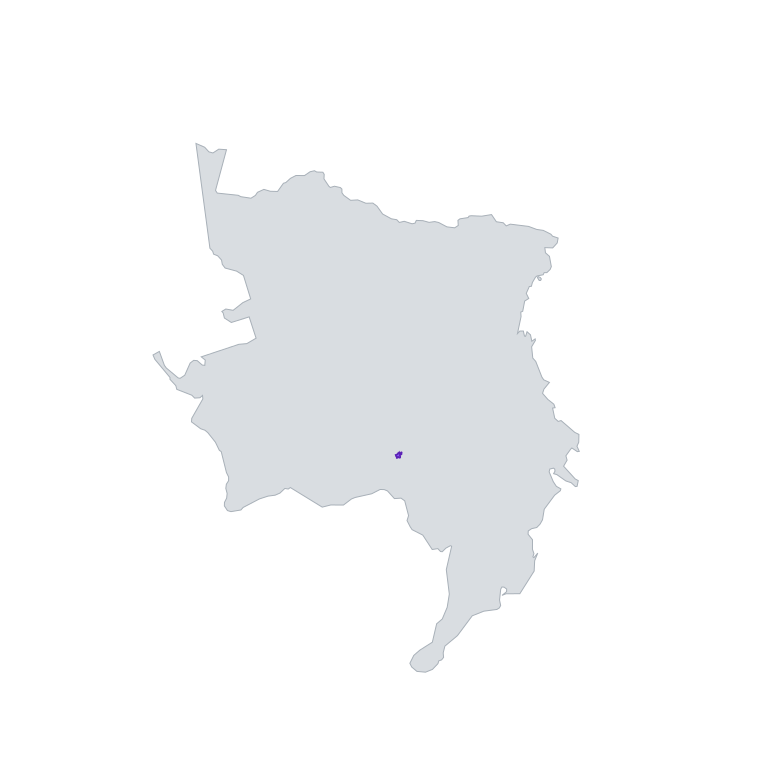 Susacón, Boyacá, Colombia shown in context, rotated 162°
{"feature_id": "7082276B12166433159462", "entity_name": "Susacón", "entity_type": "district", "adm_level": 2, "iso_a3": "COL", "parent_name": "Colombia", "parent_adm1": "Boyacá", "projection": "albers", "projection_center": [-72.721, 6.224], "detail": "fine", "context": "in_parent", "style": "filled", "palette": "violet", "viewbox_px": 768, "rotation_deg": 162, "n_neighbors": 0, "source": "geoboundaries", "source_scale": "gbopen_adm2", "svg_char_len": 5284}
<svg xmlns="http://www.w3.org/2000/svg" viewBox="0 0 768 768"><g transform="rotate(162 384 384)"><path d="M439.5,116.7L432.2,119.8L417.8,123.5L408.0,139.7L401.2,142.5L392.9,152.1L386.8,164.0L382.1,188.2L369.8,208.8L370.8,209.7L375.8,208.8L380.4,206.5L382.0,207.2L383.7,210.8L389.3,211.7L393.8,228.3L402.3,236.8L403.2,240.1L404.3,247.0L401.3,251.2L400.4,266.5L403.1,270.2L409.5,271.8L413.7,281.2L416.4,283.5L420.3,284.9L429.6,283.4L446.5,285.0L450.5,284.7L460.0,281.4L472.0,285.4L480.8,286.0L505.1,314.5L507.5,313.7L510.6,315.3L516.7,312.4L521.9,311.9L528.9,313.2L538.0,313.2L556.2,310.1L559.0,308.4L569.0,309.9L572.0,312.0L573.5,317.4L572.3,320.7L568.9,324.1L567.0,328.4L566.7,333.6L564.9,337.4L561.7,340.0L560.5,343.6L561.2,348.4L559.7,370.0L561.1,371.8L562.3,380.7L566.6,392.2L568.6,395.4L572.2,398.1L578.8,407.5L577.4,410.8L560.9,425.8L560.1,429.2L563.3,427.8L568.4,429.1L570.2,432.7L582.7,442.9L582.5,446.8L586.1,454.6L585.5,456.3L594.3,478.3L594.7,483.0L587.6,484.4L587.1,469.6L586.1,466.5L577.9,453.4L576.2,452.4L570.8,453.9L561.9,463.8L557.7,465.3L554.4,463.9L551.0,458.2L548.7,457.1L546.6,462.0L549.4,466.3L509.8,466.6L502.0,464.8L491.5,467.1L491.5,489.5L510.2,489.7L515.4,496.1L515.0,501.3L515.8,503.1L511.3,504.2L504.7,500.7L493.1,505.0L484.5,506.1L484.1,530.7L489.3,536.9L499.3,543.4L500.8,547.8L500.2,552.1L502.6,557.4L505.9,560.1L505.9,563.3L507.6,566.9L488.5,670.9L481.4,664.6L478.8,658.9L475.3,656.6L468.6,658.4L461.4,655.5L484.4,620.2L483.6,617.1L464.3,608.5L462.3,606.4L453.1,601.8L448.0,603.1L445.1,605.4L438.1,606.2L432.5,602.4L425.7,600.0L417.6,606.0L415.2,605.9L409.4,608.5L403.3,609.5L395.2,606.8L388.7,608.7L384.2,608.3L382.5,606.4L376.7,604.3L376.1,601.9L377.7,597.6L375.3,589.0L374.3,587.5L370.0,587.4L364.8,584.3L363.8,582.4L364.9,578.9L364.0,575.9L359.0,569.0L352.1,567.2L345.4,561.5L338.7,559.5L335.7,555.3L332.8,546.1L325.9,538.8L321.1,536.3L319.5,532.9L314.5,532.5L307.8,527.7L304.8,527.4L302.7,529.6L296.5,527.3L291.2,523.8L285.6,522.8L282.1,520.7L275.6,514.0L268.5,510.7L264.4,511.8L263.1,516.8L260.7,517.6L252.6,516.3L251.2,517.4L249.1,517.1L239.2,513.4L229.4,511.9L227.0,503.6L220.8,500.5L218.9,496.6L214.5,497.0L197.8,489.2L191.0,483.8L185.1,480.9L179.0,474.9L178.0,472.5L173.3,469.0L175.7,464.6L181.5,461.3L188.9,464.0L189.9,458.9L187.2,454.3L188.6,443.9L190.6,441.6L194.7,439.6L197.3,440.4L198.9,438.7L205.0,439.5L206.9,438.8L211.5,434.7L213.6,431.4L215.7,431.8L220.7,426.2L219.9,420.6L224.6,419.4L229.6,410.3L231.7,410.1L232.8,405.8L241.5,390.7L238.4,392.4L235.1,391.3L235.6,386.2L234.6,385.6L231.8,389.5L229.5,385.5L230.2,379.0L226.3,380.2L226.5,378.7L232.1,373.8L234.5,362.7L232.7,358.6L231.7,341.8L230.8,338.6L226.2,334.4L233.5,329.7L236.1,326.1L232.9,318.6L228.7,312.3L228.6,308.6L231.1,309.0L232.2,298.6L229.9,294.6L226.9,294.5L217.5,279.0L214.2,275.8L216.8,268.4L219.7,265.2L219.1,259.6L221.0,259.9L225.1,265.1L226.7,264.3L233.2,259.5L233.4,255.0L238.6,250.3L231.5,234.6L229.1,232.1L232.0,227.0L233.7,227.3L236.5,232.3L241.0,235.6L247.6,244.4L250.4,246.3L248.3,248.3L247.9,250.4L248.8,251.6L252.6,251.9L254.1,249.4L253.2,238.8L251.7,233.4L248.2,229.6L249.3,228.0L256.1,225.5L270.3,215.4L275.2,205.9L278.9,202.5L283.1,200.3L288.2,200.8L292.2,199.7L293.4,196.6L290.9,190.0L293.9,180.9L293.8,176.4L295.8,173.6L295.1,172.5L290.0,175.7L295.3,169.4L299.0,159.7L319.6,142.6L332.9,146.8L337.1,146.5L331.6,148.6L330.7,151.1L332.6,153.7L334.6,154.5L336.4,152.8L340.9,142.8L341.5,137.3L343.5,135.4L346.3,134.7L359.3,137.1L371.7,136.3L391.9,122.0L407.1,115.9L410.8,110.0L411.8,105.6L414.5,103.8L417.4,103.8L419.1,101.4L426.1,97.6L433.6,97.1L441.5,100.5L445.1,106.3L445.7,110.4L439.5,116.7ZM205.2,437.7L204.3,438.5L202.5,437.1L201.9,435.3L203.0,434.1L204.4,434.5L205.2,437.7Z" fill="#d9dde1" stroke="#a8b0b8" stroke-width="1"/><path d="M394.9,312.1L394.8,311.8L394.9,311.7L394.8,311.4L394.7,311.2L394.7,310.9L394.7,310.7L394.6,310.4L394.6,310.2L394.6,309.9L394.7,309.7L394.4,309.6L394.3,309.8L394.2,309.9L394.1,310.0L394.0,309.9L393.9,309.7L393.9,309.8L393.7,309.8L393.6,310.1L393.4,310.2L393.2,310.2L393.2,310.3L393.0,310.2L392.9,310.2L392.9,309.9L392.9,309.7L392.7,309.6L392.5,309.4L392.4,309.4L392.1,309.3L392.1,309.2L391.9,309.1L391.8,308.9L391.7,308.9L391.5,309.0L391.4,309.0L391.2,309.2L391.2,309.3L391.2,309.5L391.0,309.8L391.1,310.0L391.0,310.3L390.9,310.4L390.9,310.5L391.0,310.6L390.9,310.8L391.0,311.0L391.0,311.3L390.9,311.3L390.8,311.5L390.7,311.6L390.4,311.6L390.2,311.7L390.2,311.8L389.9,311.9L389.7,311.8L389.6,311.7L389.4,311.6L389.2,311.7L389.1,311.8L389.0,312.0L388.9,312.0L388.8,312.3L388.8,312.5L388.7,312.6L388.6,312.8L388.5,313.0L388.4,313.1L388.3,313.3L388.3,313.5L388.5,313.7L388.8,313.6L388.9,313.4L389.0,313.3L389.0,313.2L389.3,313.1L389.5,313.0L389.8,312.9L389.8,313.0L390.0,313.1L390.3,313.0L390.5,313.1L390.4,313.1L390.5,313.1L390.4,313.3L390.3,313.5L390.3,313.8L390.3,314.0L390.4,313.9L390.5,313.9L390.8,313.9L391.0,313.9L391.2,313.7L391.3,313.7L391.5,313.7L391.8,313.7L391.9,313.8L392.0,313.7L392.0,313.8L392.1,313.7L392.3,313.6L392.5,313.5L392.6,313.4L392.8,313.4L392.9,313.2L393.0,313.0L393.1,312.9L393.3,312.9L393.6,312.8L393.8,312.9L393.9,313.0L394.0,313.0L394.3,312.9L394.5,312.9L394.8,313.0L394.8,312.9L394.9,312.7L394.9,312.4L394.9,312.2L394.9,312.1Z" fill="#8b5cf6" stroke="#5b21b6" stroke-width="1.5"/></g></svg>